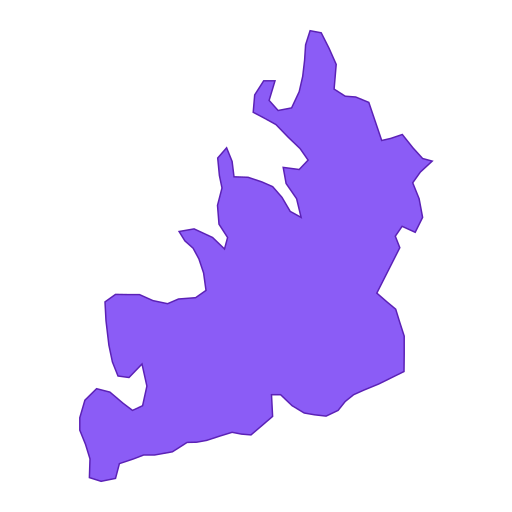 Flor do Sertão, Santa Catarina, Brazil (Equal Earth projection)
{"feature_id": "56859067B9215522088689", "entity_name": "Flor do Sertão", "entity_type": "district", "adm_level": 2, "iso_a3": "BRA", "parent_name": "Brazil", "parent_adm1": "Santa Catarina", "projection": "equal_earth", "projection_center": [-53.343, -26.756], "detail": "fine", "context": "isolated", "style": "filled", "palette": "violet", "viewbox_px": 512, "rotation_deg": 0, "n_neighbors": 0, "source": "geoboundaries", "source_scale": "gbopen_adm2", "svg_char_len": 1622}
<svg xmlns="http://www.w3.org/2000/svg" viewBox="0 0 512 512"><path d="M89.4,477.6L101.1,481.3L115.5,478.4L119.4,463.6L133.5,458.9L143.6,455.0L154.5,455.0L172.4,451.8L187.1,442.4L196.6,442.2L206.6,440.4L219.4,436.2L232.1,432.3L241.5,434.1L251.0,434.9L272.6,416.4L271.5,394.7L280.6,394.7L292.1,405.7L304.2,413.0L314.6,414.8L326.1,416.1L338.1,410.4L345.2,401.5L353.6,394.7L364.1,390.0L378.7,384.0L404.0,371.5L404.2,354.1L404.2,336.1L399.8,322.5L395.7,309.2L386.7,301.7L376.8,293.1L399.8,247.7L395.3,236.2L402.1,226.3L415.2,232.3L422.6,217.4L419.1,198.7L412.7,182.8L420.3,172.1L432.2,161.1L422.6,158.5L412.9,147.8L402.3,134.5L390.8,138.4L381.7,140.5L368.8,102.4L355.7,97.0L345.2,96.2L334.1,89.1L336.2,64.4L329.0,48.2L321.2,32.8L310.1,30.7L305.6,44.8L304.6,60.2L302.7,76.4L299.2,91.7L291.6,107.9L278.1,110.5L269.1,100.4L275.0,80.8L263.7,80.8L254.7,94.9L253.2,112.3L263.7,117.8L276.0,124.6L288.1,137.1L300.1,148.6L308.1,160.1L299.2,169.5L283.2,167.4L286.1,183.5L296.6,198.7L301.1,217.4L290.2,211.4L282.0,197.4L272.7,186.7L262.1,182.0L248.1,177.3L234.0,176.8L232.1,161.4L226.6,147.8L217.7,158.0L219.4,175.5L222.0,188.0L217.5,205.4L219.0,224.2L227.6,237.5L224.5,249.0L212.6,237.5L194.1,228.9L179.1,231.5L184.9,240.9L193.1,248.2L198.9,258.9L203.6,273.0L206.0,290.4L195.6,297.7L178.5,299.0L167.6,303.7L152.9,300.6L139.5,294.6L128.0,294.6L115.5,294.4L105.0,301.9L106.0,320.7L108.9,345.2L112.4,361.9L118.0,376.0L129.0,377.5L142.0,364.0L146.9,386.1L142.6,405.7L132.5,410.4L123.1,403.3L109.9,392.1L96.6,388.7L84.9,400.2L79.8,417.7L79.8,430.2L85.5,444.3L90.0,458.9L89.4,477.6Z" fill="#8b5cf6" stroke="#5b21b6" stroke-width="1.5"/></svg>